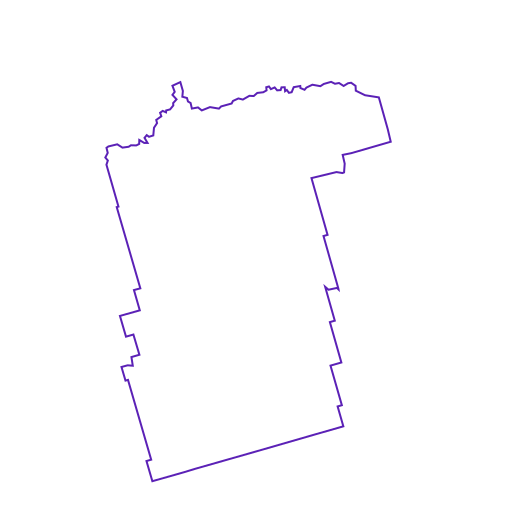 Phillips, Montana, United States of America, rotated 164°
{"feature_id": "52423323B56021233404886", "entity_name": "Phillips", "entity_type": "district", "adm_level": 2, "iso_a3": "USA", "parent_name": "United States of America", "parent_adm1": "Montana", "projection": "equal_earth", "projection_center": [-108.014, 48.225], "detail": "fine", "context": "isolated", "style": "outline", "palette": "violet", "viewbox_px": 512, "rotation_deg": 164, "n_neighbors": 0, "source": "geoboundaries", "source_scale": "gbopen_adm2", "svg_char_len": 1737}
<svg xmlns="http://www.w3.org/2000/svg" viewBox="0 0 512 512"><g transform="rotate(164 256 256)"><path d="M374.6,385.0L374.6,341.4L376.4,341.4L376.1,256.8L382.7,256.9L382.7,235.8L403.3,235.9L403.2,214.3L395.5,214.3L395.4,203.1L395.3,193.2L403.6,193.2L404.7,184.5L409.5,186.3L415.9,186.4L415.8,172.2L413.2,172.2L412.9,89.1L417.8,89.1L417.7,68.1L384.6,68.0L373.3,68.2L311.4,68.1L249.0,68.2L219.0,68.2L219.0,88.9L214.6,88.9L214.6,130.1L203.3,130.1L203.2,172.1L198.1,172.1L198.0,207.3L195.6,203.6L187.0,203.0L185.9,201.1L185.8,201.9L185.6,256.6L181.4,256.6L181.2,315.6L155.5,314.5L150.0,311.9L148.3,312.1L145.3,320.3L144.8,329.3L136.1,328.6L95.0,328.7L94.4,341.4L94.2,374.6L106.9,380.5L114.5,387.4L113.4,392.1L116.8,396.3L119.9,396.7L124.9,395.3L128.5,399.4L132.6,399.8L135.8,402.7L143.4,402.7L147.3,401.5L154.6,405.1L161.1,404.0L163.5,402.4L167.0,405.2L166.6,407.2L173.2,407.9L176.6,403.6L179.4,403.8L180.6,407.1L182.6,406.4L181.9,410.3L185.0,411.1L186.6,408.7L190.0,409.4L191.6,412.9L195.7,412.3L196.8,415.4L199.6,415.4L200.2,412.3L203.9,411.4L209.8,412.4L214.1,410.4L218.2,411.8L225.5,410.0L229.5,412.3L235.4,411.4L237.4,409.3L248.3,409.4L251.0,407.9L259.2,411.8L268.0,410.9L270.8,414.8L277.0,415.4L276.7,421.1L278.8,423.3L278.8,426.9L282.9,429.4L280.8,434.8L280.8,444.0L289.4,442.7L288.9,436.2L291.9,433.9L289.2,428.5L293.5,425.8L294.0,423.5L298.2,420.6L302.2,420.7L302.9,418.9L305.7,421.2L308.7,420.1L308.5,416.4L314.4,414.3L314.5,411.0L318.7,407.4L321.5,400.2L326.0,400.1L327.7,402.3L330.6,400.3L329.1,394.6L332.3,395.5L336.2,399.7L337.4,395.9L340.6,395.3L345.7,396.9L348.3,396.1L354.5,397.0L358.6,401.6L367.7,402.0L369.9,401.2L370.1,396.0L373.7,392.2L372.1,388.6L374.6,385.0Z" fill="none" stroke="#5b21b6" stroke-width="2"/></g></svg>